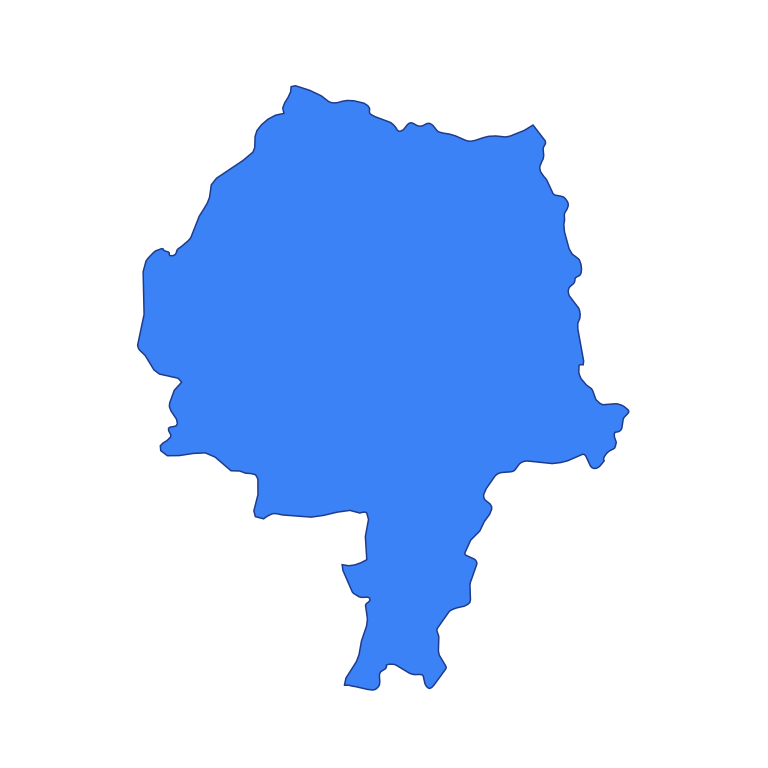 an SVG outline of Jihočeský, rotated 82°
{"feature_id": "CZE-1593", "entity_name": "Jihočeský", "entity_type": "Region", "adm_level": 1, "iso_a3": "CZE", "parent_name": "Czechia", "parent_adm1": "", "projection": "albers", "projection_center": [14.581, 49.086], "detail": "fine", "context": "isolated", "style": "filled", "palette": "blue", "viewbox_px": 768, "rotation_deg": 82, "n_neighbors": 0, "source": "natural_earth", "source_scale": "10m", "svg_char_len": 4893}
<svg xmlns="http://www.w3.org/2000/svg" viewBox="0 0 768 768"><g transform="rotate(82 384 384)"><path d="M96.6,445.9L91.6,443.1L86.7,439.0L81.5,435.7L76.6,434.6L76.3,430.2L82.9,416.6L90.0,405.9L96.4,399.7L97.9,397.3L98.7,394.6L98.9,390.7L98.6,388.5L98.2,385.9L98.1,381.0L99.3,374.5L103.2,364.6L106.3,361.2L109.1,359.9L112.7,360.6L114.0,360.4L115.1,359.6L118.0,355.7L126.0,341.0L128.7,338.5L131.8,336.5L134.2,335.6L135.8,334.2L136.0,332.5L134.8,329.3L130.7,325.0L129.5,323.3L129.1,321.7L129.3,320.0L130.4,318.2L132.3,315.8L133.3,314.1L133.7,312.3L133.7,309.8L132.1,305.5L132.0,304.0L132.4,302.3L133.8,300.5L135.0,299.4L140.2,296.4L141.6,295.2L142.7,293.2L143.9,290.1L145.6,284.4L148.3,278.6L154.1,269.2L155.3,266.4L155.7,263.4L155.4,259.5L153.9,251.5L153.3,246.0L153.9,239.0L156.0,230.5L156.3,228.3L156.0,224.4L152.4,209.8L148.3,200.4L165.5,190.6L167.2,190.4L168.5,190.7L171.9,193.2L173.5,193.7L179.7,194.0L181.6,194.5L183.3,195.1L184.9,196.3L190.2,199.4L192.7,199.7L195.7,199.4L201.0,196.7L202.6,195.5L204.8,194.4L219.0,190.1L220.0,189.3L220.7,188.5L222.4,183.3L223.8,180.2L225.7,178.6L229.0,176.9L231.1,176.5L233.3,176.8L236.3,178.4L239.8,181.3L241.6,181.9L247.0,182.4L250.8,183.7L258.6,184.1L275.7,181.9L281.5,179.6L286.8,174.3L288.1,173.4L289.5,173.0L293.0,172.3L297.7,172.4L301.2,173.3L302.7,174.1L303.7,175.1L304.8,178.1L305.3,179.3L306.0,180.0L306.8,180.3L307.9,180.5L309.3,181.0L310.4,181.8L311.6,183.2L312.2,184.3L313.6,186.4L314.2,187.0L315.0,187.6L315.8,188.0L317.1,188.5L319.4,188.7L322.4,188.3L336.1,180.6L338.6,180.1L342.2,180.0L346.1,180.9L351.0,183.7L356.5,184.4L389.1,183.1L392.7,184.1L392.4,185.4L392.3,186.7L392.4,187.8L392.9,188.3L399.9,189.5L403.0,189.0L406.2,188.1L413.2,183.7L417.5,179.2L419.5,178.3L429.0,176.3L433.1,173.0L435.0,170.2L435.7,158.3L435.9,156.9L436.1,155.7L437.9,151.9L439.2,150.1L440.1,149.0L443.6,145.9L445.0,145.4L446.2,145.7L447.8,147.4L449.9,150.2L450.8,151.2L452.4,152.1L461.1,154.7L462.7,156.1L463.7,157.8L463.9,159.0L464.0,162.0L465.5,162.9L468.5,163.2L474.1,162.1L477.6,163.4L479.6,164.6L480.3,166.1L481.2,168.9L482.1,170.9L483.4,172.8L484.9,174.4L486.3,175.6L487.6,176.5L488.9,177.0L490.8,176.7L495.0,181.2L496.3,183.2L497.0,185.3L497.0,187.4L496.0,189.5L494.0,191.0L483.6,194.1L481.9,195.2L481.2,197.0L485.6,212.8L486.4,220.2L486.2,228.5L480.1,253.1L480.1,256.2L480.8,259.0L482.1,261.2L487.0,265.9L487.9,267.1L488.4,268.7L488.6,270.8L488.0,280.2L488.3,282.4L489.1,284.7L490.7,287.0L501.8,297.3L507.4,300.7L510.1,301.0L512.7,300.2L517.8,295.5L520.4,294.5L522.9,294.8L527.7,297.5L534.3,303.9L542.8,309.5L550.7,319.9L562.6,327.5L563.9,327.4L565.1,326.6L570.2,318.6L571.7,317.6L573.3,317.0L575.2,317.1L590.7,325.1L592.0,325.9L595.3,326.9L609.7,328.4L612.3,329.4L613.9,331.7L615.2,335.5L615.8,342.9L616.6,346.9L617.6,349.9L619.1,351.8L633.3,365.1L634.4,365.7L635.8,366.0L640.7,365.0L642.0,364.9L656.0,367.3L660.2,367.0L671.6,362.2L672.9,361.9L673.9,362.0L675.0,362.7L689.2,376.5L691.1,378.9L691.7,380.5L691.7,381.7L690.9,382.8L689.7,383.8L688.2,384.6L686.2,385.2L679.6,385.7L678.1,386.0L677.3,386.8L676.7,388.6L676.4,390.6L676.1,393.8L675.5,396.0L674.0,399.0L664.5,410.6L663.3,412.4L662.8,414.2L662.2,417.8L662.4,419.6L662.8,420.8L663.4,421.0L664.3,420.9L665.4,421.4L666.3,422.4L667.6,425.5L668.7,427.5L670.6,428.8L672.7,429.2L677.4,429.5L680.8,430.2L682.3,431.1L683.6,432.4L685.1,434.7L685.4,436.3L685.4,438.1L684.1,442.9L679.7,454.4L678.6,458.0L677.4,460.7L676.8,465.0L676.7,465.1L669.9,462.6L655.1,450.0L648.6,446.4L635.4,442.1L621.1,434.9L614.4,433.1L600.5,433.1L599.1,432.1L597.8,429.8L596.3,428.0L594.0,428.0L592.8,429.9L592.2,436.0L591.2,438.4L587.1,443.3L585.6,444.3L563.0,450.6L557.1,450.6L559.1,444.1L559.1,438.0L557.8,431.8L555.6,425.5L532.5,423.7L516.0,418.2L509.5,419.0L508.6,419.8L508.1,421.3L508.1,423.4L508.4,425.9L504.4,435.4L504.4,448.3L505.7,462.1L505.7,474.6L499.5,502.9L497.4,508.6L496.9,511.8L497.5,514.6L498.8,518.2L500.2,521.1L500.8,521.9L497.4,529.9L491.4,530.5L476.0,524.2L460.4,522.1L456.0,523.8L454.2,528.1L453.0,533.6L450.1,538.9L448.6,547.6L432.9,561.4L427.3,570.6L426.2,582.8L426.4,596.6L424.9,608.4L423.6,609.8L418.9,614.4L414.0,614.1L411.7,611.1L409.9,606.9L406.7,602.6L404.7,602.2L400.2,603.8L397.8,603.5L396.9,601.6L396.9,598.6L396.5,595.7L394.6,594.1L390.0,594.4L381.0,598.7L376.5,599.7L373.0,598.9L361.1,592.6L354.0,584.1L349.6,587.2L342.9,605.0L338.1,609.8L322.6,616.5L316.5,621.3L314.2,622.3L311.3,622.6L281.7,611.9L239.3,606.9L229.2,602.6L226.7,600.3L221.6,593.8L220.3,591.4L219.0,585.2L219.6,583.9L221.3,583.3L223.3,579.1L224.2,578.4L225.6,578.7L227.0,578.3L227.6,575.5L226.8,572.7L225.0,571.4L223.0,570.6L221.5,569.1L219.6,565.4L214.7,557.7L212.1,554.9L192.1,543.6L185.6,538.1L180.3,533.8L174.6,530.7L162.7,527.3L156.9,521.2L142.9,492.3L136.1,481.5L131.9,479.1L120.9,477.2L115.3,474.5L110.3,469.3L105.7,462.2L102.7,454.0L102.1,445.4L96.6,445.9Z" fill="#3b82f6" stroke="#1e3a8a" stroke-width="1.5"/></g></svg>